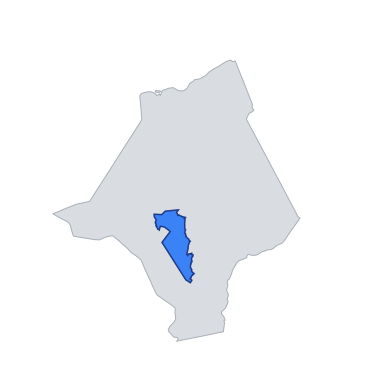 Laisamis, Eastern, Kenya shown in context, rotated 213°
{"feature_id": "3690345B46270372847124", "entity_name": "Laisamis", "entity_type": "district", "adm_level": 2, "iso_a3": "KEN", "parent_name": "Kenya", "parent_adm1": "Eastern", "projection": "albers", "projection_center": [37.15, 2.304], "detail": "fine", "context": "in_parent", "style": "filled", "palette": "blue", "viewbox_px": 384, "rotation_deg": 213, "n_neighbors": 0, "source": "geoboundaries", "source_scale": "gbopen_adm2", "svg_char_len": 6655}
<svg xmlns="http://www.w3.org/2000/svg" viewBox="0 0 384 384"><g transform="rotate(213 192 192)"><path d="M87.3,228.9L87.3,224.5L87.9,213.1L87.9,203.1L88.5,198.1L90.9,195.0L92.1,192.6L92.9,189.4L94.2,186.8L97.2,184.7L97.7,183.5L100.8,179.9L102.7,175.4L104.1,173.8L105.8,172.4L107.1,171.6L109.1,170.9L110.7,170.4L111.0,170.1L111.1,169.3L110.6,166.5L111.3,165.5L112.4,163.7L113.6,161.9L114.8,160.8L115.4,159.6L115.7,157.6L115.7,156.2L115.7,153.9L115.4,148.6L114.1,144.2L113.3,139.3L113.9,137.6L112.9,134.7L112.3,134.6L111.5,134.0L110.4,131.2L109.6,128.7L109.1,128.1L105.6,125.9L103.9,120.8L101.9,119.7L100.9,114.6L100.7,113.1L101.8,108.0L101.7,106.9L100.5,105.8L97.2,104.7L94.5,102.6L94.9,101.8L95.1,101.1L93.7,100.6L89.6,91.9L94.9,86.7L100.2,81.4L107.0,74.7L113.3,68.6L118.7,63.3L123.5,58.6L123.4,59.5L123.4,60.7L124.0,61.4L125.0,61.9L126.4,61.4L127.6,60.6L128.8,60.5L136.0,62.5L137.2,64.2L137.1,66.0L137.4,67.4L136.9,68.7L136.3,72.8L136.4,76.5L138.6,79.3L140.5,81.5L142.1,84.5L143.2,85.5L144.8,85.9L149.8,86.1L157.1,86.3L164.2,86.5L164.8,86.5L166.3,87.0L172.9,91.1L178.8,94.9L183.9,98.1L188.8,101.3L193.6,104.4L197.3,107.0L200.9,107.8L206.8,108.1L210.9,108.2L214.7,109.3L220.4,110.3L224.6,110.8L227.1,111.4L234.2,112.0L235.3,111.6L238.4,108.8L241.9,104.1L243.3,101.6L247.8,99.0L255.7,95.5L261.2,93.0L267.4,90.5L270.2,92.6L274.1,96.1L275.9,97.8L277.3,98.6L279.4,99.1L281.9,99.1L283.3,99.0L286.2,98.5L292.9,98.1L296.7,98.1L293.5,102.7L289.7,108.3L282.6,118.5L277.2,123.9L273.1,128.0L272.8,128.7L272.8,133.3L272.9,144.3L273.0,166.5L273.2,188.6L273.3,210.7L273.4,221.7L273.5,225.4L277.1,230.1L280.6,234.6L285.3,240.6L287.8,243.8L288.2,244.9L288.1,247.0L284.3,251.5L281.2,253.6L276.9,254.6L275.7,254.4L274.0,253.7L273.3,254.8L272.9,256.5L271.9,256.1L271.2,255.7L271.6,258.6L272.1,260.1L271.5,262.1L269.4,263.8L269.2,265.3L264.8,269.2L258.5,269.6L255.2,271.5L253.7,273.1L252.6,276.5L253.0,281.7L251.2,285.8L250.9,287.8L247.7,290.4L246.2,292.8L245.1,295.3L244.2,296.3L243.1,301.8L241.6,305.1L241.2,306.2L240.8,307.2L239.7,309.1L238.9,310.5L238.4,311.4L234.5,319.9L231.5,323.7L229.2,323.3L227.6,324.7L227.4,325.4L226.6,325.0L224.6,323.7L220.6,320.8L216.5,317.9L212.4,315.0L208.4,312.2L204.3,309.3L200.3,306.4L196.2,303.5L192.2,300.6L189.8,299.0L188.8,298.0L187.9,296.0L187.5,295.5L186.5,294.8L185.2,294.7L184.8,294.3L184.8,293.4L185.3,292.0L186.8,289.3L186.9,287.8L186.6,286.0L186.2,283.2L185.8,282.5L183.1,281.0L177.5,277.9L171.8,274.8L166.2,271.7L160.6,268.6L155.0,265.5L149.4,262.4L143.8,259.3L138.2,256.1L132.6,253.0L127.0,249.9L121.3,246.8L115.7,243.6L110.1,240.5L104.5,237.4L98.9,234.3L93.3,231.1L91.2,229.9L89.3,228.9L87.3,228.9ZM274.0,259.2L273.0,259.4L273.5,257.9L276.4,256.0L277.6,256.4L277.8,256.8L277.7,257.2L277.2,257.6L274.0,259.2Z" fill="#d9dde1" stroke="#a8b0b8" stroke-width="1"/><path d="M211.6,152.8L211.5,152.6L211.4,152.3L211.0,151.8L210.8,151.5L210.6,151.4L210.3,150.9L209.9,150.6L209.4,150.3L208.7,149.9L207.7,149.6L207.4,149.4L207.2,149.3L206.7,148.9L206.7,148.7L206.6,148.3L206.6,148.1L206.4,147.9L206.3,147.6L206.3,147.4L206.3,147.0L206.4,146.9L206.2,146.7L206.0,146.4L205.9,146.2L205.6,145.9L205.4,145.9L205.2,145.9L205.1,145.7L204.9,145.5L204.7,145.4L204.4,145.4L204.2,145.3L204.2,145.2L204.1,144.8L204.1,144.6L203.9,144.6L203.8,144.2L203.6,144.0L203.4,144.0L203.4,143.9L203.1,143.6L202.9,143.6L202.7,143.6L202.3,143.5L202.2,143.3L202.0,143.1L201.8,143.1L201.4,142.9L201.1,142.6L200.8,142.5L200.7,142.4L200.5,142.2L200.2,142.1L199.9,142.2L199.7,142.3L199.4,142.4L199.2,142.4L198.8,142.3L199.7,145.3L199.9,146.1L196.0,147.6L192.2,147.4L188.7,147.0L189.7,133.4L149.4,115.0L144.0,115.0L144.0,117.7L144.0,117.8L144.4,118.0L144.5,118.1L144.8,118.1L145.0,118.1L145.5,118.2L145.7,118.3L146.0,118.5L146.3,118.5L146.3,118.4L146.4,118.2L146.5,118.2L146.6,118.4L146.6,118.5L146.5,119.0L146.2,119.9L146.2,120.0L146.3,120.1L146.4,120.3L146.5,120.4L146.5,120.5L146.6,121.0L146.5,121.5L146.6,121.8L146.5,122.0L146.4,122.1L146.2,122.4L146.3,122.5L146.3,122.8L146.3,123.0L146.2,123.3L146.2,123.5L146.0,123.8L145.9,124.0L145.9,124.3L145.8,124.5L146.0,124.5L146.1,124.8L146.3,124.8L146.8,124.8L147.1,124.8L147.3,124.9L147.6,124.8L147.9,125.0L148.3,125.1L148.5,125.2L149.1,125.3L149.3,125.2L149.3,124.9L149.4,125.1L149.4,125.4L149.4,125.6L149.5,125.7L149.5,125.8L149.6,126.0L149.7,126.4L149.7,126.5L150.0,126.8L150.5,127.0L150.8,127.2L151.0,127.3L151.3,127.4L151.7,127.6L151.9,127.6L152.0,127.7L152.2,127.9L152.6,128.2L152.6,128.3L152.7,128.5L152.8,128.8L153.1,129.4L153.2,129.6L153.3,129.8L153.4,130.0L153.6,130.2L153.6,130.4L153.6,130.5L153.6,130.9L153.7,131.1L153.8,131.4L153.9,131.5L154.1,131.6L154.3,131.7L154.3,131.8L154.1,132.1L154.0,132.4L154.0,132.5L154.0,133.1L154.1,133.4L154.1,133.6L154.2,133.8L154.3,134.0L154.5,134.2L154.7,134.3L154.9,134.3L155.0,134.3L155.0,134.5L155.5,135.1L156.0,135.5L156.2,136.0L156.3,136.3L156.3,136.5L156.5,136.6L156.5,136.9L156.5,137.2L156.4,137.3L156.4,137.5L156.5,137.8L156.4,138.1L156.3,138.6L156.5,138.9L156.7,139.6L156.8,139.6L157.0,139.7L157.1,139.8L157.3,139.9L157.5,139.7L157.8,139.6L158.0,139.6L158.1,139.4L158.4,139.6L158.5,139.9L158.8,139.8L158.9,139.7L158.9,139.4L159.0,139.4L159.1,139.5L159.3,139.6L159.3,140.0L159.4,139.9L159.5,139.6L159.5,139.3L159.8,139.3L159.9,139.0L160.2,138.7L160.6,138.3L160.8,138.4L160.9,138.2L161.0,137.8L161.0,137.7L161.0,137.2L161.0,136.8L161.2,137.0L161.2,136.9L161.3,136.9L161.7,136.8L161.8,136.8L162.0,136.8L162.4,136.7L162.5,136.8L162.7,137.3L162.8,137.6L164.7,143.1L165.0,143.3L165.3,143.6L166.0,145.2L166.2,146.2L166.5,147.0L166.5,147.5L166.7,148.1L166.8,148.7L166.7,148.9L166.7,149.0L166.7,149.4L166.6,149.7L166.6,149.8L166.8,149.8L167.2,149.6L167.3,149.6L167.5,149.6L167.8,149.8L168.2,150.1L168.7,150.3L169.0,150.7L170.8,150.8L171.3,151.0L171.9,151.1L172.0,151.2L172.4,151.2L172.8,151.2L173.0,151.2L173.1,151.8L173.3,152.2L173.4,152.4L173.6,152.4L174.6,153.1L174.8,153.6L175.0,153.7L175.3,153.7L176.0,153.7L176.8,156.7L176.8,156.8L177.8,157.2L178.2,157.4L178.3,157.4L179.5,159.5L181.3,162.1L181.9,163.4L183.5,166.1L183.6,166.3L183.8,166.4L183.9,166.6L184.0,166.6L184.1,166.8L184.0,167.0L184.3,166.9L184.3,166.7L184.5,166.5L184.5,166.3L184.7,166.6L184.8,166.7L185.0,166.6L185.4,166.5L185.4,166.4L185.6,166.3L185.8,166.1L186.0,166.0L186.3,166.1L186.5,166.0L186.8,166.1L187.0,166.0L187.5,165.8L187.9,165.9L188.1,165.9L188.4,165.7L188.7,165.7L188.8,165.7L189.0,165.7L189.3,165.7L189.5,165.6L189.8,165.6L190.0,165.6L190.3,165.4L190.3,165.5L190.5,165.5L190.6,165.4L190.9,165.4L191.0,165.4L191.0,165.2L191.0,164.9L191.1,164.7L193.8,166.4L193.7,169.6L195.5,168.2L201.4,163.4L204.0,161.4L205.1,156.5L211.6,152.8Z" fill="#3b82f6" stroke="#1e3a8a" stroke-width="1.5"/></g></svg>